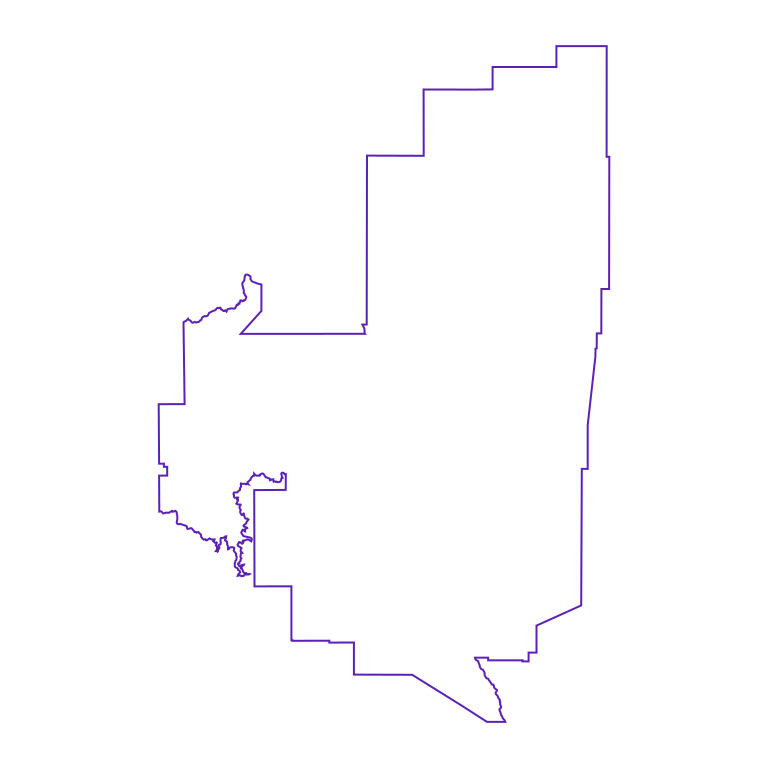 Collie, Western Australia, Australia (Equal Earth projection)
{"feature_id": "25037944B67416490528235", "entity_name": "Collie", "entity_type": "district", "adm_level": 2, "iso_a3": "AUS", "parent_name": "Australia", "parent_adm1": "Western Australia", "projection": "equal_earth", "projection_center": [116.035, -33.274], "detail": "fine", "context": "isolated", "style": "outline", "palette": "violet", "viewbox_px": 768, "rotation_deg": 0, "n_neighbors": 0, "source": "geoboundaries", "source_scale": "gbopen_adm2", "svg_char_len": 6119}
<svg xmlns="http://www.w3.org/2000/svg" viewBox="0 0 768 768"><path d="M423.6,89.5L423.7,155.8L367.0,155.6L366.7,324.5L362.4,324.6L364.4,328.5L364.6,333.4L364.9,333.8L240.7,333.9L261.4,310.9L261.4,284.5L257.6,283.6L252.3,281.5L251.5,280.8L250.5,279.1L250.4,278.3L250.6,276.8L250.3,276.3L248.2,274.9L247.3,274.6L246.0,274.6L245.3,275.1L244.6,277.0L244.6,278.1L244.2,280.6L242.7,282.6L242.3,283.3L242.5,285.6L243.1,287.1L243.1,287.9L243.6,289.5L243.9,291.2L243.7,292.4L243.8,293.2L244.6,294.0L245.1,295.5L246.2,296.5L246.3,297.3L245.8,298.7L245.1,299.9L244.0,300.2L244.0,300.6L243.1,301.1L242.6,301.3L241.7,300.4L240.4,300.4L240.1,301.2L240.2,302.1L239.5,302.7L239.4,303.7L238.4,303.5L238.1,304.7L237.7,305.0L237.0,304.7L236.7,305.0L235.1,308.3L234.0,308.7L231.6,308.3L227.8,309.1L227.3,309.5L226.5,311.6L225.2,310.3L224.1,311.1L223.5,311.0L222.3,309.9L221.1,309.5L220.5,307.8L220.2,307.6L218.7,308.1L217.5,307.9L217.0,308.1L215.4,310.1L212.2,311.3L209.1,312.9L208.0,315.2L207.4,315.8L205.4,316.4L204.4,316.1L202.5,317.2L201.9,318.0L201.4,319.7L201.0,320.1L200.0,320.5L199.5,321.3L198.5,322.0L196.7,322.2L196.0,322.6L194.6,321.9L193.0,322.7L192.1,322.6L190.4,320.6L188.4,319.6L188.0,318.8L185.9,321.1L184.2,321.6L183.5,322.5L184.6,404.1L158.7,404.2L159.1,463.7L163.9,463.7L163.9,466.8L167.2,466.8L167.2,475.6L159.1,475.6L159.3,511.6L160.8,511.3L162.1,512.2L162.9,513.3L163.8,513.4L166.0,512.6L168.9,512.8L172.1,510.8L172.3,510.9L172.3,511.6L172.7,511.8L174.2,511.4L175.1,510.8L175.5,510.9L176.7,512.2L176.7,513.6L177.3,515.9L177.3,519.8L176.7,522.1L176.8,522.9L177.5,523.9L178.8,524.3L179.9,523.8L185.9,525.8L186.8,526.4L187.0,528.0L187.3,528.5L187.9,529.0L190.8,528.2L191.6,528.3L193.9,530.8L194.4,532.0L195.7,531.9L196.5,532.6L197.2,532.2L198.5,532.1L199.0,533.0L200.8,534.3L201.2,536.9L202.7,538.8L203.6,539.6L205.1,539.2L205.5,539.3L205.8,540.1L206.3,540.4L207.0,540.3L209.5,538.4L211.1,539.4L214.6,539.4L214.5,539.9L213.4,540.7L213.2,541.1L213.8,541.4L214.7,542.7L215.4,542.8L216.4,542.4L216.8,542.7L216.5,543.9L215.8,545.4L216.9,546.5L217.1,548.1L216.7,550.0L216.0,551.0L217.0,550.9L217.6,551.7L217.9,551.4L218.2,549.7L219.5,547.8L218.6,546.4L218.7,545.3L219.1,544.7L220.2,544.6L220.5,544.2L220.8,542.3L220.5,541.4L220.6,538.4L220.9,538.1L223.5,537.8L225.4,536.4L226.2,536.3L225.9,538.4L225.1,539.4L225.0,540.2L225.2,540.6L226.4,541.0L226.8,541.5L227.2,543.5L227.2,544.7L227.9,546.0L228.0,549.3L228.6,549.2L230.2,547.4L231.5,547.2L233.8,547.4L234.1,547.7L234.2,548.4L233.7,550.6L236.2,554.0L235.9,555.1L236.6,556.5L236.7,557.4L236.3,559.8L235.3,561.1L235.3,561.8L234.7,563.3L234.8,566.3L235.5,567.4L237.3,568.1L237.7,568.5L238.0,569.9L239.7,570.9L240.2,572.2L238.0,574.8L237.7,575.8L239.7,575.3L240.8,575.5L241.3,576.2L243.7,575.9L244.1,575.0L244.8,574.5L248.4,574.5L249.5,574.2L249.8,574.0L249.4,573.8L248.0,574.2L247.4,574.1L246.3,573.1L245.6,573.2L244.0,572.7L243.0,571.6L242.9,570.5L242.0,569.2L241.9,568.5L240.8,568.4L240.7,567.9L241.1,567.2L243.9,564.9L244.0,564.6L241.9,565.0L239.6,566.2L239.0,565.8L238.0,564.0L238.3,563.3L239.4,563.2L239.4,562.4L239.7,561.7L240.6,560.8L240.6,559.4L241.4,558.5L240.4,557.0L240.8,553.9L241.5,553.1L242.3,553.0L241.9,552.3L241.0,552.1L240.6,551.3L240.8,549.1L242.0,547.5L241.1,548.0L240.5,547.3L238.2,546.0L237.7,545.4L237.6,544.4L238.7,543.2L238.7,542.5L239.1,542.1L240.7,542.4L241.6,543.6L242.5,543.6L243.3,542.6L242.7,541.3L243.1,540.5L243.5,540.4L244.5,540.7L247.1,539.4L249.4,540.0L250.5,541.0L251.2,541.4L251.8,539.6L251.6,539.3L251.6,538.4L250.5,537.7L243.4,536.1L242.4,534.4L241.6,533.6L241.3,532.6L241.3,532.2L242.8,529.7L243.4,529.8L244.7,531.4L245.1,531.5L245.0,529.8L245.2,529.1L247.2,528.0L246.8,527.5L243.9,526.5L243.6,526.2L243.5,525.7L244.3,524.6L245.2,524.3L246.4,523.1L246.6,521.8L248.5,519.6L247.5,518.6L245.7,518.7L245.1,518.1L243.9,515.1L243.9,513.8L243.7,513.5L243.1,513.8L242.5,514.8L241.9,515.1L241.3,514.5L240.4,513.0L240.1,511.7L240.8,510.1L240.0,509.0L239.4,507.4L240.0,505.7L240.7,505.0L240.6,504.6L237.8,504.4L236.4,503.7L237.9,500.7L238.0,499.9L237.0,499.5L237.2,498.7L238.0,498.0L238.1,497.6L237.2,497.4L236.0,497.8L234.7,497.8L233.9,496.5L234.0,495.1L233.6,494.7L233.5,494.0L233.6,493.1L234.0,492.5L237.2,492.4L239.4,490.2L240.0,489.9L240.0,488.2L241.1,486.6L240.8,484.5L240.9,483.5L242.4,483.9L244.6,483.7L246.0,484.3L246.5,483.8L248.3,484.3L247.6,483.4L247.6,482.2L248.8,481.3L249.6,480.3L250.4,479.9L250.7,478.7L251.7,477.0L252.4,476.5L252.8,475.9L253.9,475.8L253.9,475.1L254.3,474.7L254.2,473.8L255.5,475.2L257.3,475.8L257.7,475.6L259.7,475.6L259.8,474.8L260.3,474.8L260.7,474.1L261.5,473.7L262.8,473.5L263.7,474.2L265.7,477.2L266.6,477.3L268.0,478.1L269.7,478.6L270.3,479.4L269.9,479.8L270.0,480.3L270.7,480.1L271.6,479.5L273.2,479.3L273.0,479.9L273.5,480.8L273.6,481.6L274.8,481.3L275.8,482.0L276.7,481.6L277.4,482.1L278.4,482.2L280.2,481.6L281.2,480.1L281.3,478.4L282.6,477.9L281.8,476.3L281.5,474.4L281.2,473.8L281.4,473.3L282.3,472.7L283.0,472.7L283.7,473.0L284.7,474.4L285.8,474.1L285.7,489.9L254.2,490.1L254.5,586.4L291.4,586.3L291.4,640.2L292.4,640.2L292.4,640.8L329.3,640.7L329.3,642.6L353.9,642.5L353.9,674.6L412.2,674.8L462.0,705.8L487.0,721.9L505.3,721.9L504.6,720.2L502.9,718.5L502.1,716.3L501.0,714.9L500.5,712.4L500.0,711.6L499.4,709.6L499.7,708.8L500.3,708.5L500.9,707.9L501.1,706.6L500.1,704.3L500.2,702.3L499.9,702.3L499.7,700.4L499.9,700.2L499.8,699.9L498.2,697.8L497.8,696.2L496.1,694.3L495.7,693.4L495.7,692.4L496.8,691.0L496.9,689.9L494.7,688.3L493.9,686.9L493.8,685.5L493.4,684.7L493.0,684.5L492.3,684.7L491.5,684.0L489.8,681.2L488.8,680.1L488.2,678.8L486.6,678.3L486.0,677.7L484.7,675.4L484.5,672.6L483.5,670.6L482.7,669.7L481.6,669.2L480.6,668.3L479.7,666.4L479.6,665.0L478.5,662.6L478.3,661.3L475.6,659.6L475.3,659.0L475.0,657.7L488.1,657.7L488.1,660.3L522.6,660.3L522.4,661.4L528.6,661.4L528.6,652.6L536.5,652.6L536.5,625.6L581.2,605.4L581.8,468.9L587.7,468.9L587.7,425.2L595.4,356.6L595.5,348.7L596.7,348.4L596.8,333.4L601.3,333.4L601.4,289.0L609.1,289.0L609.3,156.8L606.6,156.8L606.7,46.1L556.4,46.1L556.4,67.0L492.6,67.0L492.6,89.4L473.9,89.6L423.6,89.5Z" fill="none" stroke="#5b21b6" stroke-width="2"/></svg>